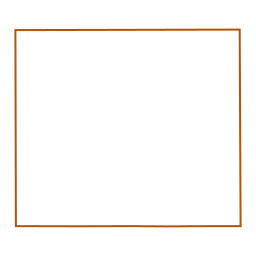 Branch, Michigan, United States of America
{"feature_id": "52423323B65745165927044", "entity_name": "Branch", "entity_type": "district", "adm_level": 2, "iso_a3": "USA", "parent_name": "United States of America", "parent_adm1": "Michigan", "projection": "equal_earth", "projection_center": [-85.104, 41.916], "detail": "fine", "context": "isolated", "style": "outline", "palette": "amber", "viewbox_px": 256, "rotation_deg": 0, "n_neighbors": 0, "source": "geoboundaries", "source_scale": "gbopen_adm2", "svg_char_len": 354}
<svg xmlns="http://www.w3.org/2000/svg" viewBox="0 0 256 256"><path d="M15.4,30.1L15.9,226.1L24.8,226.2L25.1,226.1L25.5,226.1L44.4,226.2L61.8,226.2L73.6,226.3L97.2,226.2L100.0,226.2L137.5,226.1L138.3,226.2L169.6,226.4L170.2,226.3L175.0,226.3L175.3,226.4L189.0,226.2L240.6,226.1L239.7,29.6L15.4,30.1Z" fill="none" stroke="#b45309" stroke-width="2"/></svg>